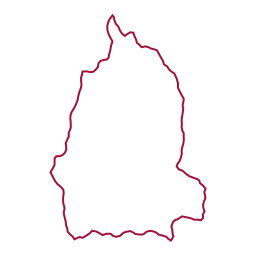 the district of São Francisco de Paula, Minas Gerais, Brazil
{"feature_id": "56859067B89224130991777", "entity_name": "São Francisco de Paula", "entity_type": "district", "adm_level": 2, "iso_a3": "BRA", "parent_name": "Brazil", "parent_adm1": "Minas Gerais", "projection": "mercator", "projection_center": [-44.994, -20.695], "detail": "fine", "context": "isolated", "style": "outline", "palette": "rose", "viewbox_px": 256, "rotation_deg": 0, "n_neighbors": 0, "source": "geoboundaries", "source_scale": "gbopen_adm2", "svg_char_len": 2415}
<svg xmlns="http://www.w3.org/2000/svg" viewBox="0 0 256 256"><path d="M50.5,172.3L51.9,175.0L53.5,178.1L55.2,181.2L57.2,183.8L59.3,185.5L61.2,187.3L63.3,189.6L63.7,193.4L63.1,197.3L63.1,200.3L63.4,203.9L64.6,208.1L63.7,212.7L64.2,215.4L65.0,218.7L65.8,222.0L66.0,225.3L67.2,228.1L67.6,231.5L70.0,234.3L72.9,236.8L74.4,239.3L76.9,238.1L79.6,237.0L82.7,237.8L85.2,236.3L87.7,234.7L89.9,233.1L92.1,230.8L96.3,231.5L99.8,233.4L102.5,235.1L106.5,233.7L110.6,233.8L113.4,236.1L116.4,236.8L120.1,235.8L123.5,232.7L126.7,231.7L130.2,231.1L132.9,232.3L135.6,234.1L139.0,234.4L141.9,234.7L144.4,233.6L146.5,231.7L150.4,230.8L153.7,231.5L156.1,232.5L158.7,234.6L162.6,235.6L166.2,236.7L168.6,239.1L170.9,240.6L173.4,236.5L172.6,233.4L172.3,230.1L171.4,226.3L172.9,222.3L175.1,220.0L177.7,219.3L179.9,217.7L182.1,216.4L184.7,217.0L188.7,217.7L191.7,218.6L194.2,219.7L197.8,219.7L201.1,220.3L203.1,217.7L202.8,214.6L204.5,211.4L203.3,207.6L203.1,204.9L203.9,201.6L205.4,198.2L205.0,194.8L204.3,192.1L205.5,188.5L202.9,185.5L200.1,183.2L199.2,180.4L197.0,178.9L194.5,178.2L192.0,177.2L189.5,176.3L187.4,174.9L185.2,173.1L182.5,170.7L178.9,169.4L176.6,166.4L177.7,163.5L179.4,161.4L181.0,157.3L181.8,153.6L181.6,150.0L182.3,146.9L183.2,144.3L183.8,140.5L183.7,136.8L183.7,133.1L182.2,130.2L181.6,127.0L181.9,124.2L181.6,120.5L182.0,117.0L182.5,114.2L182.9,111.4L183.3,108.3L182.6,105.5L183.3,102.2L183.8,98.9L181.9,95.5L179.7,91.4L177.9,87.5L178.0,83.3L176.6,78.4L174.3,73.5L170.9,71.2L168.8,69.1L167.4,66.7L164.0,64.3L162.8,60.6L161.0,57.6L158.8,53.7L156.9,50.2L153.8,49.2L150.9,48.5L148.6,47.2L145.3,46.4L141.7,47.2L139.4,44.8L137.0,42.8L136.0,39.4L134.3,35.7L133.4,32.7L130.2,32.3L127.6,33.9L124.8,35.9L122.0,33.6L119.9,30.4L118.5,27.0L115.8,23.7L114.3,20.1L114.0,17.4L112.4,15.4L109.7,19.0L108.1,22.5L107.2,26.5L107.5,30.4L108.8,34.5L110.6,38.1L112.5,41.5L111.3,44.8L110.6,48.1L110.1,51.4L109.1,54.3L108.6,57.6L106.9,59.5L103.8,60.0L100.5,60.9L98.5,63.3L97.9,67.0L95.8,69.6L93.3,71.7L90.5,72.2L86.9,71.4L82.5,71.5L82.0,74.8L81.1,77.4L81.1,81.1L81.5,84.6L80.9,88.1L79.6,91.2L78.4,95.7L77.6,100.0L76.1,104.0L74.8,106.8L73.4,109.3L71.8,111.7L70.6,114.8L70.3,118.1L70.6,121.4L70.8,124.8L70.7,128.0L69.6,130.8L68.6,133.3L68.9,136.2L67.3,139.6L65.7,143.2L66.1,146.0L66.3,149.5L65.0,152.6L62.8,154.8L59.9,156.2L56.4,156.2L54.6,158.5L54.6,161.3L54.5,165.0L52.4,169.0L50.5,172.3Z" fill="none" stroke="#9f1239" stroke-width="2"/></svg>